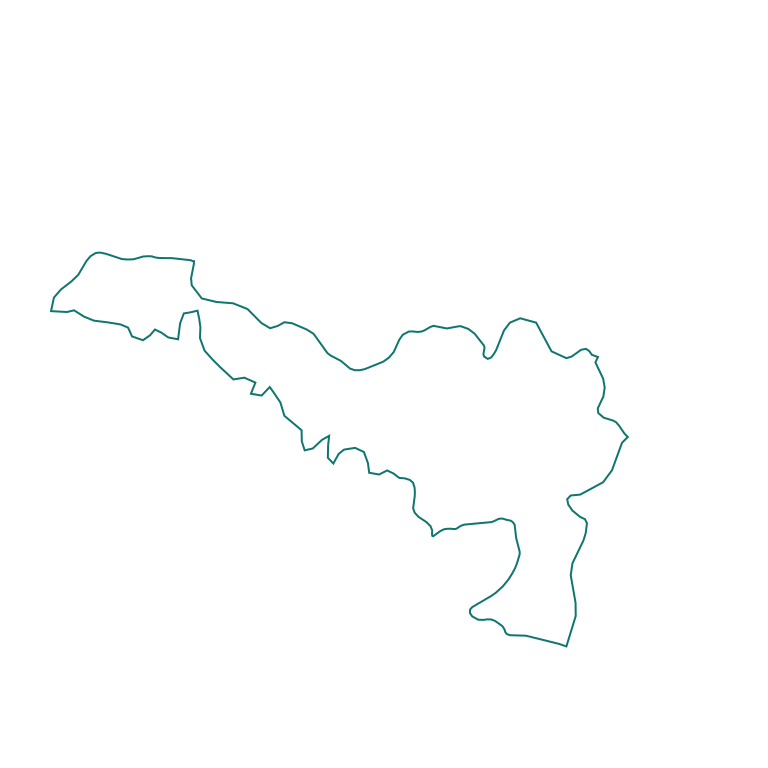 the border of Mohale's Hoek, rotated 220°
{"feature_id": "LSO-1204", "entity_name": "Mohale's Hoek", "entity_type": "District", "adm_level": 1, "iso_a3": "LSO", "parent_name": "Lesotho", "parent_adm1": "", "projection": "albers", "projection_center": [27.808, -30.085], "detail": "fine", "context": "isolated", "style": "outline", "palette": "teal", "viewbox_px": 768, "rotation_deg": 220, "n_neighbors": 0, "source": "natural_earth", "source_scale": "10m", "svg_char_len": 2922}
<svg xmlns="http://www.w3.org/2000/svg" viewBox="0 0 768 768"><g transform="rotate(220 384 384)"><path d="M143.2,409.6L139.1,407.9L133.6,399.4L130.6,392.2L124.4,367.8L118.0,357.5L96.6,339.5L88.0,329.5L75.6,300.2L82.9,297.4L113.5,282.4L126.1,272.5L129.3,271.4L131.5,271.9L134.1,273.5L137.7,274.6L146.7,273.9L150.6,272.5L153.7,270.0L156.1,267.3L160.3,264.0L167.0,262.7L171.0,263.8L173.1,266.6L173.0,269.9L165.4,291.2L164.2,295.8L162.9,305.3L163.0,314.2L164.0,321.4L165.2,327.1L166.9,332.2L170.3,340.1L171.0,341.3L172.5,342.9L183.9,351.1L193.5,360.2L196.7,361.0L199.2,360.7L203.3,358.5L206.3,357.3L208.4,355.7L209.7,353.9L211.5,349.8L212.4,348.1L213.5,346.7L232.1,327.9L233.3,326.0L234.5,323.3L235.2,320.6L235.9,319.0L237.7,317.5L240.0,315.9L242.4,313.8L244.3,311.8L245.5,309.5L246.4,307.2L248.5,298.9L249.4,298.7L250.8,299.9L252.8,302.7L257.0,305.0L262.8,305.5L272.3,304.4L277.9,305.2L281.8,307.5L288.2,317.6L290.9,321.1L293.9,324.2L298.4,327.1L302.6,327.1L307.6,325.0L311.9,321.9L319.4,321.5L326.0,319.8L329.6,311.5L338.3,306.5L345.5,313.1L355.7,319.0L365.1,316.5L372.4,308.1L373.8,301.4L371.7,290.5L379.6,291.4L387.6,301.4L392.7,309.0L395.6,301.4L397.1,288.9L402.1,282.2L410.1,287.2L417.4,295.6L429.0,295.6L439.9,295.6L451.4,303.2L463.1,306.6L469.6,308.2L470.3,296.5L479.7,291.0L483.4,302.4L495.0,299.1L502.3,290.7L520.4,291.6L530.6,292.5L542.9,294.2L554.5,300.9L561.0,309.3L567.5,315.2L574.0,320.3L578.4,314.4L582.7,309.4L579.2,299.4L570.5,285.9L579.2,281.0L587.9,280.2L594.5,278.5L594.5,271.0L596.8,262.6L607.6,258.5L616.3,262.7L624.3,260.2L635.3,253.6L646.9,246.1L657.1,242.8L668.8,241.2L673.1,235.4L685.9,225.8L692.4,238.0L692.2,249.0L689.4,261.6L688.4,271.2L691.0,286.9L691.0,293.2L689.0,299.2L685.7,302.4L680.5,305.1L665.2,311.2L660.5,314.5L656.0,318.6L650.4,326.9L646.8,330.3L644.0,332.5L641.5,333.5L639.4,334.6L637.1,336.1L627.2,344.2L611.6,354.6L609.7,355.1L608.5,355.9L606.9,353.9L599.7,340.9L594.7,336.0L578.6,332.4L564.9,339.2L562.6,340.9L551.5,348.8L536.6,353.7L517.3,351.9L507.1,353.5L502.7,360.2L500.0,367.3L493.4,371.5L478.1,376.1L470.2,377.2L447.1,371.3L443.2,371.5L431.9,374.0L419.9,374.0L415.2,375.8L411.5,378.9L408.3,383.0L398.9,400.7L397.2,407.3L397.1,414.8L400.7,427.6L401.3,433.7L398.8,440.0L396.6,442.1L391.4,445.7L389.1,448.2L387.5,451.0L385.2,457.4L383.6,460.3L371.5,467.0L364.4,475.6L362.4,477.6L354.8,480.4L346.9,480.8L331.8,477.6L330.1,476.1L327.1,470.8L324.9,469.4L320.7,469.9L319.0,473.0L319.1,477.4L319.9,482.1L326.5,502.2L327.0,511.9L321.9,521.9L306.9,528.8L276.7,516.7L260.9,521.0L257.9,525.6L255.0,536.9L251.9,540.7L248.3,541.2L243.5,540.0L237.5,542.2L235.9,536.4L219.6,529.0L212.7,523.2L207.9,515.4L204.6,502.8L201.3,499.5L194.2,499.4L184.8,503.3L181.7,503.9L177.2,503.2L168.3,500.7L168.0,500.6L163.2,500.1L163.9,492.0L153.9,464.4L153.0,449.7L162.6,425.4L169.3,418.6L169.6,413.5L165.4,410.1L158.6,408.2L148.7,408.2L143.2,409.6Z" fill="none" stroke="#0f766e" stroke-width="2"/></g></svg>